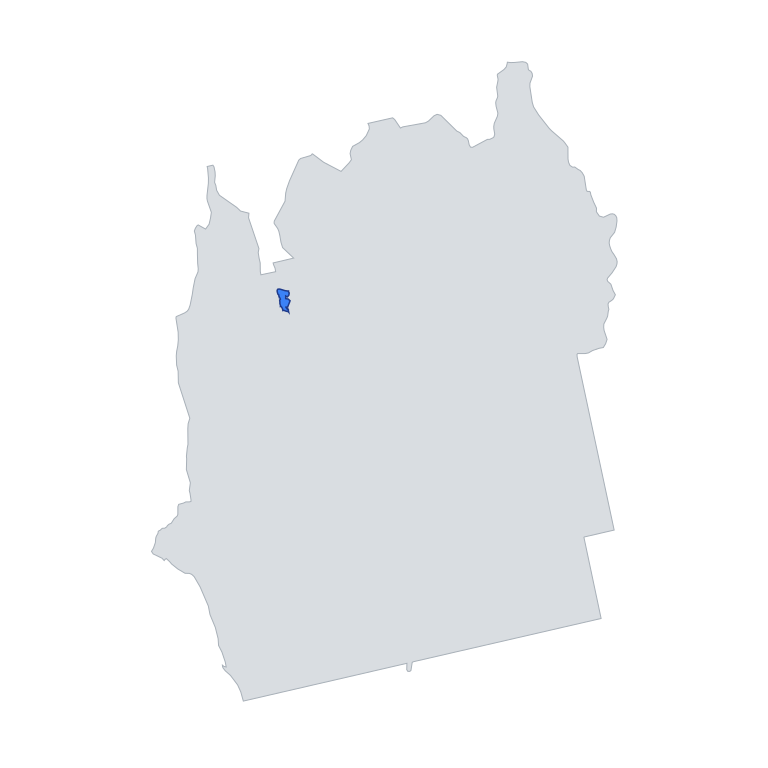 Kosti, White Nile, Sudan shown in context, rotated 167°
{"feature_id": "16777658B3487648242534", "entity_name": "Kosti", "entity_type": "district", "adm_level": 2, "iso_a3": "SDN", "parent_name": "Sudan", "parent_adm1": "White Nile", "projection": "equal_earth", "projection_center": [32.672, 12.928], "detail": "fine", "context": "in_parent", "style": "filled", "palette": "blue", "viewbox_px": 768, "rotation_deg": 167, "n_neighbors": 0, "source": "geoboundaries", "source_scale": "gbopen_adm2", "svg_char_len": 4742}
<svg xmlns="http://www.w3.org/2000/svg" viewBox="0 0 768 768"><g transform="rotate(167 384 384)"><path d="M507.4,635.7L501.5,635.7L500.8,633.8L500.9,628.7L501.6,624.8L503.7,618.6L503.2,615.2L503.5,610.4L501.9,604.9L487.7,589.1L484.9,584.8L477.2,580.8L478.6,576.4L475.4,544.1L477.0,540.4L477.4,534.7L477.4,529.8L479.2,521.6L479.4,518.1L464.3,517.8L464.1,521.4L464.8,525.3L464.8,526.9L443.7,527.0L452.1,539.7L452.5,545.2L452.1,552.1L452.1,556.5L452.6,559.4L454.9,565.1L454.7,566.2L454.2,567.5L439.3,584.4L436.8,592.2L434.8,596.3L430.4,603.2L416.7,621.3L414.5,622.5L404.1,623.1L403.1,623.6L402.2,624.4L401.8,624.2L392.9,613.6L378.0,600.8L368.0,607.5L365.3,609.9L365.2,616.1L363.8,619.2L361.1,622.6L353.7,624.7L349.9,626.6L345.4,630.0L340.9,635.8L340.5,638.8L341.0,641.5L315.7,641.4L314.1,639.3L310.4,629.7L307.9,630.3L284.8,629.2L281.5,630.2L274.9,634.1L271.6,634.8L268.2,633.0L256.2,614.1L253.5,611.9L250.8,607.4L248.3,605.4L247.4,604.0L247.1,602.0L247.2,597.9L246.4,595.3L244.5,594.7L228.2,599.1L225.9,598.6L222.4,599.4L221.2,600.1L219.9,602.6L219.6,607.8L219.1,610.3L217.9,613.2L213.2,619.5L212.1,622.3L212.3,629.4L211.9,632.9L211.2,634.6L209.2,637.3L208.4,638.8L207.5,647.8L205.0,653.3L204.3,655.2L204.2,659.1L203.8,660.3L196.4,663.4L193.6,665.4L191.9,668.5L191.4,669.8L188.3,668.7L184.3,667.9L176.6,666.9L173.5,665.5L172.1,663.4L172.6,657.9L171.8,656.7L170.6,655.8L169.8,653.4L170.0,650.6L174.1,644.3L175.0,640.9L176.2,625.1L175.9,620.3L172.8,611.4L165.6,596.1L163.8,593.1L154.7,580.6L153.7,578.7L151.5,573.4L154.1,561.8L154.3,558.6L153.7,555.2L151.4,552.8L149.3,552.5L146.6,549.4L144.8,547.9L143.3,545.2L142.2,541.4L143.2,527.7L142.7,525.9L140.3,525.4L139.8,524.4L139.9,521.8L138.8,514.0L137.4,507.6L138.3,504.0L136.4,499.2L132.6,497.1L125.2,498.7L123.0,498.4L121.4,497.5L120.3,495.8L119.8,493.7L120.3,490.5L122.5,484.7L125.2,479.9L130.6,475.6L132.0,473.3L132.9,470.7L133.0,467.8L132.7,464.7L132.2,461.9L130.7,458.1L129.3,453.7L129.3,450.8L130.0,448.6L131.5,446.1L136.8,441.0L142.3,436.9L143.2,435.4L142.9,433.6L140.5,430.2L139.8,423.6L138.5,418.9L141.3,415.4L143.3,414.2L146.5,413.1L147.7,411.6L148.1,408.8L148.1,406.2L149.2,404.2L150.8,399.9L152.1,398.0L156.3,393.0L157.2,389.8L157.5,386.7L156.6,377.3L159.0,373.4L162.1,370.2L166.4,370.4L173.2,369.7L177.8,368.3L181.1,368.4L188.5,370.1L189.3,369.4L189.7,366.9L192.6,189.9L223.3,189.9L223.7,189.6L225.2,106.7L417.5,106.8L419.1,106.5L422.2,98.8L423.5,98.2L425.4,98.6L426.1,100.5L424.5,106.7L592.4,106.7L592.8,116.2L594.3,123.7L599.1,134.5L603.2,140.3L604.7,143.6L604.9,145.0L604.7,146.4L603.5,144.8L601.4,143.8L601.2,148.8L602.2,159.2L604.0,166.5L602.9,173.2L603.1,184.7L605.4,198.4L605.1,207.2L608.8,227.6L612.3,239.0L614.2,241.8L616.4,243.3L620.4,244.3L626.5,250.1L631.3,256.2L633.0,259.4L635.4,262.9L636.9,262.3L637.9,261.4L639.5,264.2L647.1,270.3L648.2,273.2L645.5,276.0L642.5,280.8L641.0,285.3L640.2,286.7L637.7,289.5L637.3,290.9L636.2,291.7L635.1,291.8L632.5,293.3L630.2,292.8L627.8,293.7L627.0,294.7L625.1,295.7L622.6,296.2L618.7,300.0L615.3,301.8L614.2,303.3L612.4,310.9L611.1,312.9L606.1,313.1L603.6,313.7L600.2,312.9L598.5,313.0L598.1,314.6L597.6,321.1L597.7,323.9L594.9,331.3L595.8,345.1L593.1,355.5L592.8,357.9L590.0,366.1L588.6,369.2L585.2,384.6L583.8,389.3L580.9,394.3L584.1,431.4L581.7,442.8L581.8,449.0L580.1,458.1L578.7,462.4L576.4,467.5L574.5,473.2L572.9,480.8L571.9,495.1L571.3,496.4L562.3,498.1L559.4,499.2L557.5,500.8L555.2,504.4L550.6,514.5L548.2,520.7L544.4,529.1L540.0,535.1L539.1,538.0L538.4,543.5L536.7,552.0L535.3,558.2L535.5,563.1L534.2,571.6L534.4,575.7L532.8,578.1L530.7,580.2L529.3,580.8L523.0,575.1L518.5,579.0L515.8,584.5L513.6,590.1L514.9,601.9L514.8,604.5L514.1,607.4L510.0,619.0L508.7,624.3L507.4,633.5L507.4,635.7Z" fill="#d9dde1" stroke="#a8b0b8" stroke-width="1"/><path d="M466.0,478.3L465.2,478.4L462.9,476.9L461.2,476.1L460.9,475.8L460.7,475.4L460.6,477.9L460.5,478.0L460.7,478.3L460.8,478.4L460.8,478.6L460.8,478.9L460.9,479.0L460.8,479.3L461.0,479.3L461.1,479.2L461.4,479.0L461.5,478.9L461.6,479.1L461.6,479.4L461.8,479.6L461.9,479.9L462.3,480.6L462.2,480.9L461.9,480.7L461.3,480.7L460.1,481.3L459.0,483.0L457.9,484.5L457.1,485.8L456.8,486.2L458.3,488.4L460.5,489.2L460.6,489.3L460.0,491.8L459.8,491.6L458.5,490.6L456.7,492.0L455.9,494.0L456.3,495.3L456.1,496.1L456.7,496.2L458.1,496.7L459.4,497.2L463.4,499.5L464.4,500.0L465.5,500.2L466.3,500.2L466.8,499.6L467.1,499.1L467.3,497.9L467.2,495.6L467.0,495.0L466.5,494.6L466.5,494.2L466.7,493.2L466.4,492.6L466.6,491.7L466.3,491.6L466.0,491.0L465.9,489.9L466.8,489.3L466.9,488.3L467.0,487.1L467.3,486.2L467.3,484.6L467.2,483.5L467.5,482.8L466.9,482.7L466.6,482.3L466.5,481.8L466.2,481.0L466.0,480.3L466.0,479.9L466.0,479.7L466.0,478.3Z" fill="#3b82f6" stroke="#1e3a8a" stroke-width="1.5"/></g></svg>